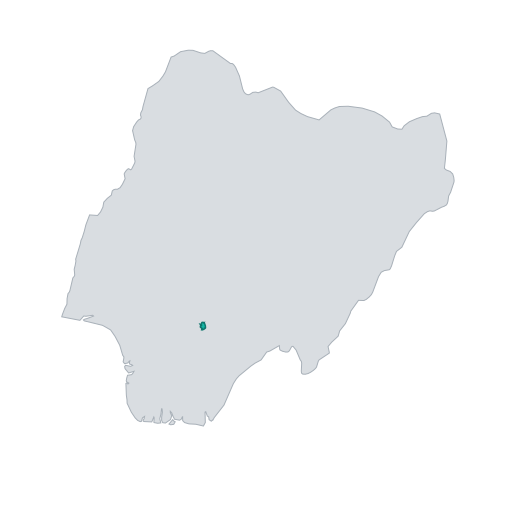 Igbo-Eze North, Enugu, Nigeria (highlighted), rotated 14°
{"feature_id": "59680162B31217574251855", "entity_name": "Igbo-Eze North", "entity_type": "district", "adm_level": 2, "iso_a3": "NGA", "parent_name": "Nigeria", "parent_adm1": "Enugu", "projection": "equal_earth", "projection_center": [7.451, 7.008], "detail": "fine", "context": "in_parent", "style": "filled", "palette": "teal", "viewbox_px": 512, "rotation_deg": 14, "n_neighbors": 0, "source": "geoboundaries", "source_scale": "gbopen_adm2", "svg_char_len": 4793}
<svg xmlns="http://www.w3.org/2000/svg" viewBox="0 0 512 512"><g transform="rotate(14 256 256)"><path d="M399.9,73.8L413.4,98.3L416.4,116.5L417.6,125.4L419.8,126.5L423.9,127.0L427.0,128.8L428.8,131.8L429.9,134.6L430.2,136.2L429.4,147.1L428.4,151.1L429.0,156.5L428.9,158.8L428.4,160.4L426.6,162.2L424.1,163.9L418.1,169.2L416.4,169.9L413.9,170.1L411.7,171.4L409.1,174.2L403.6,184.7L398.8,195.2L395.4,212.2L391.2,217.5L390.5,222.3L389.9,232.9L389.3,236.1L388.6,237.1L384.1,239.1L381.4,241.5L379.9,246.3L378.0,262.8L377.3,265.5L375.8,268.3L373.5,271.4L371.5,273.1L366.2,274.2L361.3,286.6L361.3,288.7L359.1,300.0L355.3,308.4L355.1,313.9L350.3,321.3L347.8,326.4L350.4,331.7L350.6,332.5L342.4,341.5L341.9,342.9L341.6,349.1L340.9,350.8L339.4,353.0L337.2,355.5L334.9,357.5L332.4,358.8L329.9,359.3L328.5,358.6L327.8,356.7L326.3,349.1L325.6,347.4L324.0,346.0L317.7,337.6L313.8,334.7L313.0,334.9L312.4,335.7L311.3,339.9L310.2,341.4L308.2,342.0L304.7,342.0L302.1,341.4L301.5,340.6L300.3,337.3L292.4,344.9L289.6,346.6L286.1,355.6L281.1,360.1L277.7,364.0L268.6,376.3L266.7,379.9L264.9,385.3L261.0,408.4L254.6,422.8L253.8,425.8L253.4,425.7L252.6,427.1L250.1,426.2L249.0,423.5L247.5,423.1L244.9,419.2L244.3,419.8L247.1,429.8L246.1,433.7L238.3,433.8L231.6,435.1L227.0,434.9L224.7,433.5L223.7,429.8L223.3,430.2L223.1,432.2L221.6,433.8L216.5,434.1L214.2,431.5L212.3,428.7L210.4,427.4L210.7,428.6L212.9,431.4L212.6,435.4L208.5,440.0L205.8,440.3L204.2,438.3L203.4,435.0L203.0,430.2L201.9,427.1L201.3,427.1L202.0,432.3L202.0,437.2L204.0,441.0L201.0,442.1L197.3,442.3L196.9,440.9L196.4,437.7L195.8,436.9L195.0,442.2L187.5,443.7L186.5,443.5L186.2,442.5L186.8,441.0L186.7,438.6L185.0,440.5L184.8,444.2L183.8,444.7L181.0,444.2L177.9,442.3L172.8,437.7L166.6,430.1L165.6,426.7L163.9,422.5L160.6,411.1L161.2,410.5L162.7,411.2L163.4,410.1L160.8,409.3L160.3,408.5L160.1,405.9L160.2,402.8L164.1,401.2L165.0,399.3L165.5,397.4L160.7,400.3L156.2,397.0L155.3,395.1L155.8,393.6L161.0,393.4L162.8,392.0L161.7,391.5L159.7,391.5L159.0,390.5L159.0,388.2L158.4,388.7L157.5,390.8L154.5,392.3L152.7,390.8L152.5,387.4L152.2,385.8L150.7,384.6L145.4,375.6L138.7,368.1L132.8,362.9L123.8,360.4L105.1,360.5L104.0,359.8L105.2,358.6L106.8,357.8L112.9,353.6L111.9,353.0L105.6,355.6L103.4,355.9L100.7,361.0L82.2,362.0L82.3,359.7L83.1,353.1L84.2,348.5L83.0,343.0L82.7,337.9L83.5,336.4L83.8,334.5L83.6,321.6L84.6,319.6L84.7,318.3L82.8,312.8L82.8,308.6L82.5,304.5L81.8,302.7L82.6,286.9L82.4,283.0L83.0,280.3L83.4,273.5L83.4,266.9L84.6,256.4L92.5,255.0L94.5,250.9L95.6,245.7L95.3,240.5L97.8,236.0L100.9,232.0L100.8,227.7L101.7,226.3L103.2,225.3L105.3,224.8L107.6,222.6L109.0,218.8L110.3,212.7L108.3,208.4L108.3,207.5L109.1,205.2L110.3,202.9L111.3,202.1L113.6,202.7L114.3,201.8L115.8,195.1L115.7,193.3L113.6,188.8L112.5,176.6L111.9,175.0L110.2,172.7L105.9,164.2L106.0,160.1L107.8,154.9L109.1,152.4L110.8,151.0L111.1,149.8L110.6,148.3L109.8,147.2L109.6,144.9L110.4,141.6L110.2,138.1L110.7,119.7L114.3,116.1L119.5,110.1L122.2,103.9L123.6,99.2L125.5,83.5L128.2,81.8L133.4,76.0L140.5,72.7L145.1,71.7L153.2,72.3L157.3,71.8L160.7,68.7L162.3,67.8L164.5,67.3L184.6,75.4L186.4,75.0L187.9,75.6L190.5,77.8L196.4,85.4L202.6,97.1L204.5,99.6L206.4,101.0L208.4,101.5L209.9,101.3L211.3,100.2L213.3,98.0L216.2,97.0L218.6,97.1L231.2,88.1L232.4,88.0L240.0,90.0L250.5,99.0L259.1,104.9L265.1,106.9L272.2,108.3L284.3,108.7L293.3,96.1L296.7,93.3L300.7,90.8L309.2,88.4L323.2,86.8L336.3,87.5L344.5,89.7L353.2,93.8L356.9,97.8L362.8,98.5L366.9,97.7L368.3,93.7L372.4,88.6L378.7,83.8L383.8,80.5L388.0,79.0L391.7,75.1L394.7,73.9L399.9,73.8ZM216.9,439.2L214.1,440.4L212.2,440.1L214.8,434.9L216.1,436.0L217.7,436.4L216.9,439.2Z" fill="#d9dde1" stroke="#a8b0b8" stroke-width="1"/><path d="M224.4,337.9L224.3,337.7L224.2,337.5L224.2,337.4L224.1,337.2L224.0,336.8L223.9,336.3L223.9,336.2L223.7,335.9L223.5,335.7L223.4,335.4L223.2,335.2L222.9,334.5L222.8,334.4L222.5,334.2L222.3,333.9L222.1,333.8L221.9,333.7L221.9,333.4L221.7,333.6L221.5,333.4L221.3,333.3L221.1,333.4L220.9,333.3L220.9,333.2L220.7,333.2L220.3,333.3L220.1,333.4L219.9,333.4L219.7,333.5L219.5,333.9L219.5,334.2L219.5,334.4L219.5,334.6L219.4,335.0L219.2,335.3L219.0,335.5L218.9,335.6L218.5,335.8L218.4,335.8L218.7,336.1L219.0,336.3L219.2,336.1L219.4,335.9L219.5,335.8L219.8,336.1L220.0,336.4L220.0,336.5L219.7,336.6L219.5,336.8L219.4,336.8L219.1,336.6L219.1,337.2L219.3,337.6L219.1,337.9L219.4,338.6L219.9,338.6L220.0,338.6L220.6,339.0L220.7,339.4L220.7,339.6L220.8,339.7L221.0,339.8L221.1,340.5L221.2,340.4L221.3,340.3L221.4,340.2L221.6,339.9L221.8,340.4L222.0,340.5L222.1,340.3L222.3,340.3L222.6,340.1L222.8,340.0L222.9,339.9L223.1,339.8L223.2,339.7L223.3,339.6L223.4,339.2L223.4,338.9L223.4,338.6L223.7,338.6L223.8,338.8L224.0,338.7L224.2,338.4L224.4,337.9Z" fill="#14b8a6" stroke="#0f766e" stroke-width="1.5"/></g></svg>